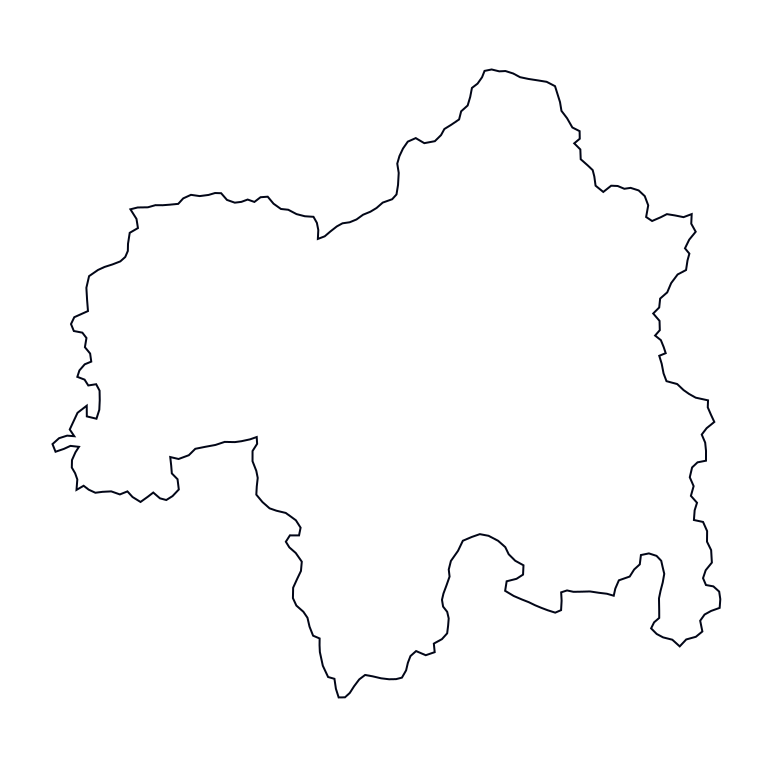 Lavras, Minas Gerais, Brazil (orthographic projection), rotated 179°
{"feature_id": "56859067B96133552143909", "entity_name": "Lavras", "entity_type": "district", "adm_level": 2, "iso_a3": "BRA", "parent_name": "Brazil", "parent_adm1": "Minas Gerais", "projection": "orthographic", "projection_center": [-45.035, -21.263], "detail": "fine", "context": "isolated", "style": "outline", "palette": "ink", "viewbox_px": 768, "rotation_deg": 179, "n_neighbors": 0, "source": "geoboundaries", "source_scale": "gbopen_adm2", "svg_char_len": 4417}
<svg xmlns="http://www.w3.org/2000/svg" viewBox="0 0 768 768"><g transform="rotate(179 384 384)"><path d="M249.4,692.2L257.1,694.8L263.3,694.6L270.9,696.6L278.0,695.3L280.6,689.0L285.2,682.7L290.9,678.5L292.8,669.5L295.5,661.0L302.1,655.3L304.3,647.2L312.6,641.8L319.2,637.9L322.6,631.9L328.9,625.9L339.5,624.1L348.0,629.3L356.0,625.9L360.9,619.1L364.6,611.6L366.9,604.1L365.6,594.8L366.5,582.8L368.2,573.3L372.6,568.6L382.1,565.4L388.4,560.1L394.6,556.5L402.0,553.6L408.6,549.0L415.5,546.3L422.7,545.4L428.4,542.4L435.0,537.4L440.7,532.7L447.6,530.2L447.0,539.1L448.3,546.3L451.6,552.4L460.2,553.1L468.5,555.4L476.7,559.9L484.0,560.8L491.3,566.2L497.0,573.3L504.2,572.9L510.4,568.3L517.1,570.8L523.4,568.6L530.0,567.9L537.8,570.8L543.5,577.6L549.6,577.9L556.1,576.1L565.0,575.1L573.7,576.5L581.5,573.1L586.6,567.7L595.5,567.0L602.4,566.6L609.4,566.8L617.0,564.8L627.2,564.8L634.5,563.1L628.6,553.4L627.3,544.2L635.6,539.6L637.5,528.7L637.8,521.5L640.5,515.5L645.5,511.2L653.4,508.3L661.4,505.9L668.0,503.0L677.0,497.0L679.9,485.4L679.4,473.2L678.7,462.1L692.5,456.2L695.9,449.4L693.2,442.4L684.7,440.6L680.7,435.2L682.4,426.0L677.3,419.6L676.3,411.5L682.9,408.9L688.3,402.9L690.5,396.5L683.3,393.6L679.7,387.7L671.8,388.8L668.5,382.3L668.5,372.7L669.1,363.2L672.1,354.3L681.7,356.8L681.6,367.5L690.9,360.6L695.6,351.0L699.0,344.0L694.6,337.2L701.7,337.9L709.8,335.5L716.5,329.7L713.6,322.0L705.2,324.7L698.6,327.6L690.1,326.5L693.7,321.1L697.3,313.4L697.6,305.9L694.4,300.2L692.3,293.9L693.3,283.5L686.1,287.5L681.1,283.5L674.5,280.3L667.3,281.1L658.6,281.4L650.0,278.2L642.4,281.1L637.4,275.4L629.5,270.3L622.1,275.4L616.6,279.5L610.0,273.6L603.7,271.8L597.4,275.6L591.0,282.1L592.1,292.4L597.7,298.3L598.2,306.2L599.0,314.7L590.7,312.6L580.4,316.2L573.8,322.5L563.9,324.3L553.6,326.0L544.3,328.9L534.1,328.5L527.5,329.3L518.9,331.0L512.2,333.2L511.9,326.4L516.6,319.3L516.8,309.1L513.2,299.4L511.9,292.3L513.0,283.8L513.6,275.6L507.6,268.1L500.6,261.7L493.8,259.2L484.5,256.8L474.5,249.3L469.9,241.8L471.6,234.1L480.7,234.3L484.9,228.0L481.5,222.3L475.2,216.6L469.3,207.8L470.3,198.5L474.2,190.7L478.4,181.9L478.8,171.5L475.5,164.0L468.6,157.7L464.6,151.6L462.7,142.7L459.3,133.6L452.8,130.7L453.0,124.0L452.8,117.1L450.1,103.4L445.0,92.0L438.7,90.1L437.4,80.1L434.8,71.4L428.5,71.4L423.6,75.7L419.2,82.3L413.9,89.1L408.0,93.4L400.4,91.9L392.1,89.8L384.1,88.7L377.1,88.7L371.2,90.1L366.9,97.3L365.0,104.8L362.3,111.5L356.6,116.4L347.0,112.1L338.0,115.0L338.7,123.6L330.5,127.9L325.2,133.6L324.1,141.3L323.4,148.5L324.8,155.1L328.8,160.4L329.8,167.2L328.2,173.5L325.1,181.4L321.8,190.3L322.5,197.4L320.2,205.9L312.9,215.9L307.9,225.9L299.0,229.5L290.8,232.2L282.1,230.4L272.6,225.2L265.6,218.8L262.3,211.6L255.9,205.0L247.7,200.3L248.3,191.0L254.9,186.9L264.8,184.6L266.5,175.1L258.0,169.8L250.0,166.2L243.0,163.3L236.7,160.1L230.5,157.4L224.2,154.9L216.8,152.4L210.9,154.8L210.2,164.2L210.5,172.6L204.6,174.4L198.2,172.9L190.4,172.9L181.7,173.0L172.8,171.5L164.8,170.4L158.0,168.3L156.3,175.4L152.6,183.6L141.7,187.2L137.1,194.2L131.4,199.2L130.1,208.5L122.1,210.0L114.5,207.4L109.9,202.4L108.6,196.1L107.1,189.3L108.8,180.6L111.1,172.4L112.8,164.9L112.8,152.5L112.9,145.3L118.1,141.0L121.2,135.0L115.7,129.3L109.4,125.8L100.2,123.3L92.9,116.5L86.3,123.3L76.6,125.8L70.0,131.0L72.0,141.8L67.5,147.9L60.9,151.4L52.3,154.3L51.5,163.0L52.5,170.6L58.2,175.9L65.6,177.4L68.4,184.3L65.6,192.2L59.3,199.7L59.8,212.2L63.8,220.7L63.5,231.3L67.4,240.5L76.5,242.6L75.6,252.3L73.1,259.8L79.1,266.8L76.2,276.5L79.9,285.4L77.4,295.2L71.9,300.2L63.4,301.7L63.2,311.5L63.9,319.8L67.2,327.9L62.2,334.2L54.4,340.3L57.6,347.5L60.7,355.0L60.3,362.0L72.6,364.9L79.1,368.7L84.6,372.7L90.8,378.8L101.5,381.9L104.3,389.7L106.0,399.4L108.3,407.4L101.8,409.9L103.7,416.0L106.4,423.0L112.1,427.7L107.3,433.0L107.4,442.3L113.6,449.8L107.5,455.7L106.4,464.6L99.2,470.7L95.1,479.9L88.5,488.4L80.0,492.7L78.4,502.2L76.4,509.0L80.7,514.4L76.3,523.0L69.7,530.8L74.0,538.9L73.4,548.5L81.6,545.6L90.3,547.5L98.2,548.9L104.4,545.9L113.1,542.3L119.0,546.4L116.7,558.0L120.0,567.3L126.0,573.1L134.0,575.8L140.3,575.0L146.9,577.9L153.4,578.3L161.4,572.2L169.0,578.6L170.1,587.8L171.6,594.2L176.7,599.2L183.4,605.3L183.6,615.1L189.6,621.3L184.0,625.8L184.0,633.4L191.2,637.2L196.3,646.5L201.8,654.0L203.1,662.8L205.6,671.3L207.8,678.8L216.1,683.3L224.4,684.8L234.3,686.5L242.6,688.4L249.4,692.2Z" fill="none" stroke="#020617" stroke-width="2"/></g></svg>